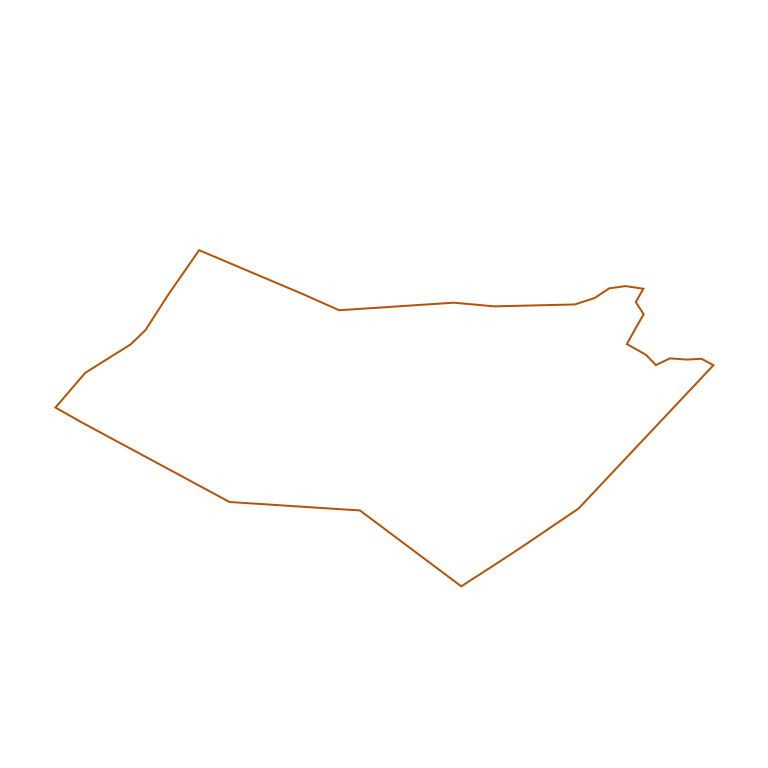 the district of Nossa Senhora de Lourdes, Sergipe, Brazil, rotated 226°
{"feature_id": "56859067B12193176989723", "entity_name": "Nossa Senhora de Lourdes", "entity_type": "district", "adm_level": 2, "iso_a3": "BRA", "parent_name": "Brazil", "parent_adm1": "Sergipe", "projection": "robinson", "projection_center": [-37.019, -10.08], "detail": "fine", "context": "isolated", "style": "outline", "palette": "amber", "viewbox_px": 768, "rotation_deg": 226, "n_neighbors": 0, "source": "geoboundaries", "source_scale": "gbopen_adm2", "svg_char_len": 586}
<svg xmlns="http://www.w3.org/2000/svg" viewBox="0 0 768 768"><g transform="rotate(226 384 384)"><path d="M595.3,131.3L566.9,139.7L406.4,190.9L322.4,267.3L309.9,278.8L184.8,299.0L174.2,352.9L170.3,374.3L159.3,437.5L168.7,634.0L181.6,629.9L191.3,618.7L203.8,607.5L208.8,592.7L223.0,592.7L244.0,586.4L248.3,600.3L253.8,619.2L268.0,622.0L272.4,636.7L286.6,625.8L296.4,612.4L299.5,595.4L308.7,576.5L363.1,517.4L394.1,490.6L468.2,403.0L492.3,393.2L503.3,388.8L608.7,343.9L597.9,289.7L588.5,250.0L588.5,229.5L599.6,176.7L595.3,131.3Z" fill="none" stroke="#b45309" stroke-width="2"/></g></svg>